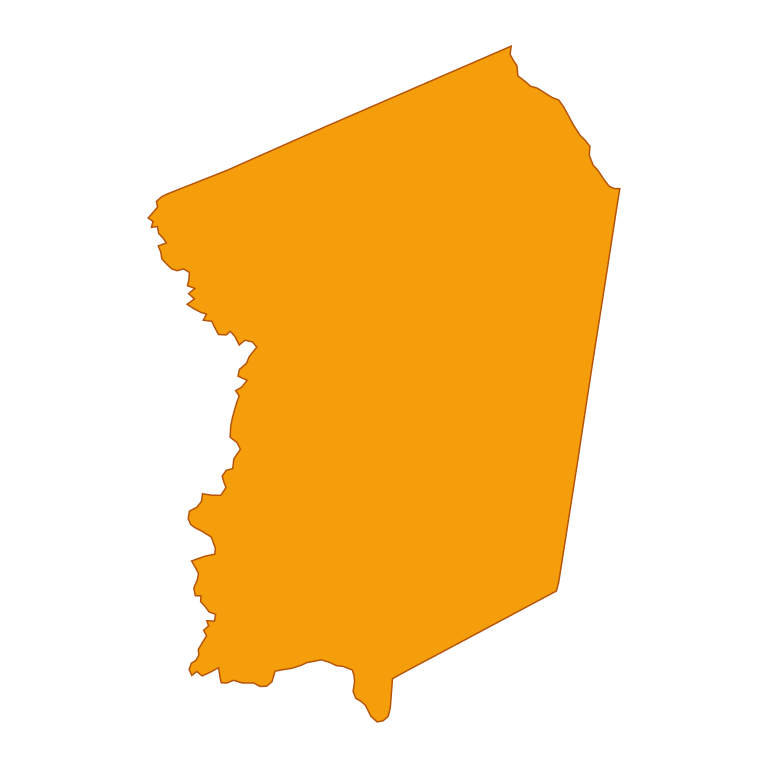 the district of Presidente Sarney, Maranhão, Brazil
{"feature_id": "56859067B79345146659872", "entity_name": "Presidente Sarney", "entity_type": "district", "adm_level": 2, "iso_a3": "BRA", "parent_name": "Brazil", "parent_adm1": "Maranhão", "projection": "mercator", "projection_center": [-45.415, -2.592], "detail": "fine", "context": "isolated", "style": "filled", "palette": "amber", "viewbox_px": 768, "rotation_deg": 0, "n_neighbors": 0, "source": "geoboundaries", "source_scale": "gbopen_adm2", "svg_char_len": 2199}
<svg xmlns="http://www.w3.org/2000/svg" viewBox="0 0 768 768"><path d="M401.2,673.8L556.4,591.0L558.7,582.1L566.2,534.5L578.4,456.4L580.1,444.8L592.3,364.7L593.4,357.6L605.7,279.2L612.8,233.3L616.6,208.4L619.8,188.7L614.0,188.5L609.0,186.1L604.3,180.0L597.8,170.2L593.1,165.2L589.3,155.4L589.9,146.3L584.8,139.9L579.9,135.1L573.4,124.9L563.4,106.5L558.7,100.0L551.9,97.4L537.4,88.2L530.4,86.2L525.6,81.8L517.9,75.9L516.9,65.6L513.4,60.5L510.1,54.3L511.2,46.1L324.9,126.9L261.0,155.2L227.5,170.1L167.9,193.7L161.8,196.6L156.4,201.4L157.6,207.1L152.9,212.6L148.2,218.0L153.0,221.4L151.4,227.4L157.4,226.5L158.7,233.5L163.2,238.3L166.4,242.9L158.2,245.9L160.8,252.1L161.8,258.9L167.1,264.5L171.7,268.9L177.3,270.7L183.5,268.9L189.4,272.4L188.8,280.3L187.4,285.7L194.8,288.4L188.6,293.7L194.4,298.9L187.1,304.3L194.4,309.0L201.2,312.5L206.5,314.0L203.3,320.2L211.9,321.3L214.5,327.0L218.5,334.5L226.2,334.9L230.4,331.3L235.0,336.6L239.2,345.0L244.8,340.2L252.5,342.0L256.8,347.1L249.3,356.5L246.3,363.5L239.5,369.3L238.0,376.2L247.1,380.2L241.8,387.1L235.6,390.7L239.2,396.0L236.5,403.2L234.8,409.2L232.4,417.7L230.7,426.5L230.1,437.2L237.1,442.7L240.4,449.3L233.9,458.7L232.7,468.7L226.3,470.2L222.2,476.1L223.9,482.2L226.0,487.5L220.9,495.3L211.5,495.2L202.5,493.8L201.5,501.4L196.8,507.3L189.4,511.2L188.2,518.5L190.6,524.4L195.0,527.7L202.1,531.3L211.3,537.1L215.4,548.4L214.8,554.1L204.7,556.3L198.9,558.3L191.6,561.0L195.7,568.0L198.5,573.6L197.4,579.5L193.8,588.1L195.3,595.7L201.0,595.8L200.6,601.7L204.7,606.0L209.2,612.0L215.6,614.3L214.5,621.1L206.8,620.8L208.6,625.9L203.6,630.3L206.6,635.8L202.7,642.0L198.3,649.4L198.8,655.3L195.9,660.4L191.4,663.2L189.1,669.4L191.8,675.4L196.8,671.5L202.1,675.9L208.3,673.2L218.6,667.7L220.0,677.4L221.3,682.8L226.8,683.0L233.5,680.3L242.4,683.0L253.6,683.0L260.2,686.5L266.6,686.2L271.9,681.8L275.1,671.2L281.0,670.0L291.8,668.3L301.0,665.3L307.4,662.4L313.0,661.5L321.3,659.8L329.6,662.4L336.3,665.6L343.1,666.4L352.3,670.0L354.0,675.4L354.6,681.6L353.1,691.3L355.8,698.3L361.1,701.4L365.5,705.4L367.9,710.2L370.9,716.3L377.1,721.9L383.1,720.8L388.2,716.3L390.3,707.8L392.5,678.8L401.2,673.8Z" fill="#f59e0b" stroke="#b45309" stroke-width="1.5"/></svg>